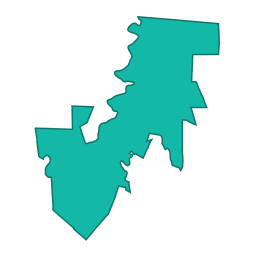 Rastoaca, Vrancea, Romania, rotated 269°
{"feature_id": "2599482B59302072108083", "entity_name": "Rastoaca", "entity_type": "district", "adm_level": 2, "iso_a3": "ROU", "parent_name": "Romania", "parent_adm1": "Vrancea", "projection": "mercator", "projection_center": [27.302, 45.655], "detail": "fine", "context": "isolated", "style": "filled", "palette": "teal", "viewbox_px": 256, "rotation_deg": 269, "n_neighbors": 0, "source": "geoboundaries", "source_scale": "gbopen_adm2", "svg_char_len": 5904}
<svg xmlns="http://www.w3.org/2000/svg" viewBox="0 0 256 256"><g transform="rotate(269 128 128)"><path d="M230.7,220.3L235.0,179.9L239.0,140.0L237.4,140.4L236.2,141.4L235.4,142.5L234.9,142.8L233.9,143.1L232.0,142.7L231.3,142.4L230.6,141.7L230.3,141.0L230.2,140.2L230.5,139.9L231.3,138.9L232.3,137.8L232.6,136.9L232.5,135.7L232.1,134.3L231.3,133.2L230.0,131.7L228.6,130.4L227.6,129.8L226.5,129.6L225.7,129.7L225.0,130.4L224.3,131.3L223.7,132.8L222.5,136.3L221.3,138.6L220.4,139.7L218.8,140.1L217.5,139.4L212.9,135.0L211.2,132.4L210.8,131.4L210.2,130.3L209.6,129.7L208.6,129.5L207.3,129.8L206.1,130.2L203.7,131.5L202.1,132.3L200.9,132.9L199.4,133.3L198.1,132.8L196.1,131.6L191.2,129.7L189.8,128.3L187.5,125.6L186.8,124.4L185.5,121.7L185.4,119.6L185.3,118.5L185.1,117.2L184.8,116.3L184.4,116.0L183.6,115.6L183.0,115.6L182.4,115.7L181.8,116.0L180.8,116.7L179.9,117.8L179.5,118.2L178.5,119.4L177.9,120.4L177.3,121.6L176.6,122.5L176.2,122.7L174.9,123.9L174.2,125.7L174.1,126.1L174.3,126.7L174.7,127.3L174.7,128.0L174.7,128.7L174.7,129.6L174.5,130.4L174.4,131.1L174.2,131.9L173.9,132.6L173.9,133.4L173.9,134.1L173.7,134.6L173.2,134.9L172.6,134.9L172.0,134.6L171.1,133.5L170.7,131.8L170.6,130.9L170.6,130.2L170.7,129.4L170.6,128.7L170.2,128.0L169.8,127.4L169.1,127.0L168.4,126.8L167.6,126.7L166.6,126.7L165.6,126.7L164.4,126.7L163.6,126.4L163.1,126.0L162.8,125.5L162.5,124.4L162.1,123.0L161.6,120.8L160.8,118.0L160.0,115.6L159.0,114.0L158.1,112.8L157.2,111.3L156.9,110.4L156.4,108.9L156.1,108.3L155.4,107.9L154.7,107.7L154.0,107.8L153.1,108.2L150.9,109.9L149.2,112.0L148.5,112.5L148.1,112.6L147.3,112.7L146.7,112.9L145.5,113.9L145.1,114.5L144.9,115.5L144.9,116.9L144.8,117.3L144.5,117.6L144.3,117.8L144.0,117.9L143.4,117.9L142.8,117.8L139.7,116.3L139.2,116.0L138.6,115.5L137.9,114.3L137.6,113.6L137.5,113.1L137.5,112.7L137.2,111.8L136.7,110.7L135.0,107.9L133.5,106.0L133.6,105.3L133.5,104.1L133.3,103.0L133.0,102.0L132.1,100.7L131.4,100.1L130.8,99.8L129.8,99.3L129.1,99.1L127.3,99.0L126.0,98.8L124.2,98.6L123.8,98.4L123.4,98.2L123.0,98.1L122.3,98.0L121.7,98.1L120.8,98.0L120.2,98.1L119.6,98.1L119.2,98.2L118.7,98.2L118.1,98.1L117.4,97.5L116.1,96.0L115.7,95.4L115.5,94.6L115.3,93.8L114.4,92.4L114.3,91.9L114.4,91.1L114.2,90.4L114.2,90.1L114.1,89.2L113.7,88.3L113.3,87.5L113.3,86.9L113.3,85.1L119.2,83.3L124.6,81.6L126.6,81.1L130.2,79.9L134.0,87.1L134.3,87.3L137.1,88.4L146.1,92.2L149.7,93.8L150.3,84.3L150.9,72.4L150.5,72.5L140.5,72.5L128.2,72.5L127.6,72.5L128.1,62.7L128.3,58.0L128.4,56.8L128.4,55.3L128.7,52.2L128.8,49.0L129.0,45.5L129.1,42.1L129.2,39.3L129.5,35.5L129.2,35.3L128.9,35.4L126.9,35.6L126.0,35.8L123.7,36.1L120.9,36.5L117.8,36.9L116.6,36.9L116.3,36.7L102.2,38.3L101.0,38.6L100.7,38.7L98.4,42.8L98.8,42.8L99.4,43.0L100.3,43.6L101.2,44.5L101.8,45.4L102.0,46.4L101.9,47.0L101.7,47.5L101.0,48.3L99.1,49.5L97.8,49.7L96.6,49.7L95.2,49.3L94.1,48.6L92.7,47.2L91.5,46.3L90.2,45.3L89.2,44.9L86.6,44.7L83.4,44.7L82.4,45.2L81.1,46.5L80.2,47.6L80.1,49.2L80.2,50.4L80.2,50.5L52.5,51.7L47.3,51.6L28.7,72.2L28.1,71.9L26.2,74.0L24.9,75.3L22.2,78.3L21.8,79.0L17.0,84.2L18.0,85.0L21.8,88.3L23.2,89.6L24.8,91.0L27.8,93.5L29.3,94.7L29.8,95.3L35.3,100.3L37.5,102.3L39.6,104.1L40.4,104.9L42.0,106.6L45.9,108.3L48.4,109.4L50.4,110.3L56.3,112.7L56.8,113.0L58.7,113.7L59.8,114.0L60.8,114.4L61.8,114.8L62.6,115.0L63.4,115.3L67.6,116.7L69.6,117.5L70.1,117.5L70.0,118.0L69.5,120.1L68.6,124.5L66.3,124.6L64.4,127.7L63.5,129.2L69.3,128.3L71.8,127.9L74.2,127.9L74.2,127.2L74.3,126.8L74.6,126.2L74.9,125.8L75.6,124.9L76.1,124.6L76.4,124.3L76.8,124.2L77.1,124.2L77.8,124.3L78.0,124.3L78.7,124.9L79.7,125.4L81.8,126.1L82.8,126.3L83.7,126.2L84.5,125.9L84.8,125.6L84.9,125.1L85.0,124.5L85.0,124.2L85.3,123.9L85.6,123.7L87.7,122.2L88.3,122.0L89.5,120.9L90.0,120.6L92.2,119.9L92.7,119.8L93.3,119.8L93.8,119.8L94.2,119.9L94.6,120.1L95.0,120.4L95.2,120.8L95.2,121.1L94.9,121.7L94.4,122.4L92.8,123.7L91.6,124.8L90.6,126.0L90.4,126.5L90.3,127.1L90.4,127.5L90.7,128.0L91.0,128.4L91.4,128.7L92.0,129.0L92.6,129.1L95.2,129.0L96.0,128.8L97.2,128.9L97.6,129.1L97.9,129.4L98.2,129.9L98.5,130.4L99.1,131.2L99.5,131.6L100.0,131.9L100.4,131.9L100.8,131.8L101.3,131.6L101.5,131.2L102.1,129.2L102.7,129.0L103.4,129.4L104.0,130.1L104.6,131.3L103.7,132.0L102.1,133.0L101.8,133.2L101.6,134.0L101.9,134.6L102.1,135.0L97.6,142.6L99.1,143.2L101.4,144.4L103.3,145.2L105.3,146.1L108.2,147.4L108.0,147.7L110.6,148.5L112.7,149.6L116.1,151.5L114.4,146.7L122.3,149.1L120.2,160.6L119.9,160.6L119.7,160.8L119.1,161.2L118.3,161.7L117.9,161.8L116.9,162.0L115.1,162.0L113.7,161.9L113.1,161.9L112.1,161.8L111.4,161.9L110.2,162.7L108.8,163.5L108.4,163.8L108.0,163.8L106.6,164.3L106.3,164.5L106.0,164.8L105.9,165.0L105.9,165.3L105.9,165.5L106.2,165.8L106.8,166.3L107.0,166.7L107.0,167.0L106.9,167.2L106.7,167.6L106.3,168.0L105.4,168.5L104.3,169.1L103.3,169.4L102.1,169.6L99.4,169.7L97.8,169.8L96.8,169.8L96.3,169.9L95.2,170.2L94.1,170.7L92.7,171.2L90.5,171.4L89.9,171.7L89.7,172.0L89.6,172.4L89.4,173.1L88.9,174.3L88.2,175.8L88.1,176.2L87.9,177.1L87.8,177.4L87.5,177.9L87.3,178.4L87.0,178.8L84.8,179.6L84.5,179.8L84.8,180.1L88.2,181.9L90.8,182.0L92.8,182.2L94.6,182.3L96.3,182.2L97.1,182.3L97.8,182.2L99.6,182.1L102.9,181.9L106.6,181.9L107.1,182.0L135.0,182.5L134.9,186.3L133.0,189.5L131.5,192.4L130.2,195.3L130.0,196.0L132.9,195.3L135.5,194.6L137.5,194.1L139.1,193.6L142.3,192.8L146.6,191.5L147.4,191.1L147.3,195.9L147.2,199.2L147.2,207.1L148.0,206.7L149.8,206.1L151.5,205.4L152.4,205.0L155.9,204.0L157.1,203.6L158.5,203.0L159.1,202.7L159.6,202.1L161.4,201.5L163.4,200.7L164.6,200.4L165.1,200.0L167.4,199.0L170.0,198.2L172.2,197.4L172.9,197.0L173.2,196.7L173.2,193.4L173.3,192.4L181.7,192.8L183.4,193.1L184.7,193.0L186.1,193.1L190.0,193.4L192.4,193.6L194.7,193.6L198.8,193.9L200.3,193.9L200.2,204.1L200.1,208.0L200.1,212.8L200.0,218.4L200.0,219.8L202.2,219.9L210.7,220.7L223.3,220.5L225.2,220.3L230.7,220.3Z" fill="#14b8a6" stroke="#0f766e" stroke-width="1.5"/></g></svg>